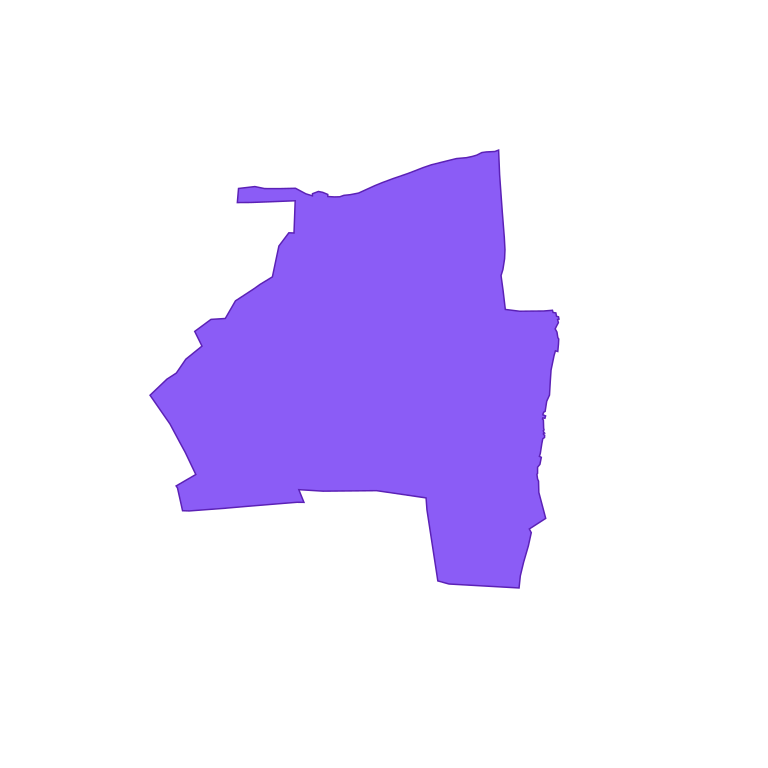 Kolomotu'a, Tongatapu, Tonga (Equal Earth projection), rotated 321°
{"feature_id": "48082658B41580202055285", "entity_name": "Kolomotu'a", "entity_type": "district", "adm_level": 2, "iso_a3": "TON", "parent_name": "Tonga", "parent_adm1": "Tongatapu", "projection": "equal_earth", "projection_center": [-175.229, -21.143], "detail": "fine", "context": "isolated", "style": "filled", "palette": "violet", "viewbox_px": 768, "rotation_deg": 321, "n_neighbors": 0, "source": "geoboundaries", "source_scale": "gbopen_adm2", "svg_char_len": 1971}
<svg xmlns="http://www.w3.org/2000/svg" viewBox="0 0 768 768"><g transform="rotate(321 384 384)"><path d="M620.3,274.3L616.5,273.1L609.5,268.0L605.7,265.7L600.1,264.5L595.8,262.7L590.5,260.0L582.2,254.4L575.4,251.2L558.9,243.5L550.7,240.5L535.2,235.5L520.4,230.1L509.4,226.4L501.8,224.1L484.4,219.6L476.7,215.5L471.5,212.1L467.5,210.7L463.3,207.5L458.3,202.9L459.6,201.3L457.0,196.5L454.2,193.1L448.2,191.1L446.8,192.7L443.0,187.1L438.4,176.2L426.9,167.3L414.2,157.0L407.9,149.3L394.0,140.5L384.2,150.7L394.6,159.0L409.9,170.5L430.3,185.7L409.1,210.0L405.2,206.6L389.2,210.6L378.7,219.1L364.7,230.5L350.4,228.6L342.5,228.1L320.9,225.9L301.9,233.2L290.2,224.9L270.0,224.0L266.4,240.0L245.6,240.0L229.5,244.8L218.4,243.6L195.1,245.5L192.5,280.4L188.7,300.2L186.5,312.1L180.8,335.9L158.3,332.4L158.1,334.8L147.7,355.7L152.8,360.1L168.1,370.7L182.9,381.0L183.0,381.0L199.7,392.3L225.5,409.9L242.0,421.2L247.3,425.6L251.3,412.5L269.3,429.0L311.1,462.2L345.0,499.0L338.2,508.8L305.2,565.3L303.6,568.0L301.9,570.9L308.6,580.3L337.9,606.9L360.6,627.5L369.2,618.9L380.3,610.4L394.4,600.6L404.9,592.2L405.7,588.1L425.1,590.2L436.1,565.7L443.0,556.7L443.5,554.6L446.0,550.4L447.1,550.1L451.0,545.3L454.6,544.6L460.1,540.0L459.2,538.0L461.7,536.4L469.1,529.7L472.9,526.5L475.1,526.6L476.6,524.9L476.2,523.7L476.8,522.8L477.9,523.2L477.8,521.8L478.5,520.5L479.5,520.4L480.2,518.9L485.2,512.3L485.1,511.0L486.1,510.3L487.5,511.9L489.5,510.5L488.1,507.9L489.0,507.1L490.5,506.4L492.0,506.7L499.6,499.8L505.6,496.8L514.8,486.7L522.6,478.3L534.1,468.9L538.1,466.1L539.5,468.1L544.7,462.8L548.1,459.0L548.3,457.3L551.1,452.5L551.7,448.9L555.2,447.3L558.1,446.1L559.5,443.1L560.8,443.7L561.9,441.6L560.7,439.9L562.3,436.9L560.4,434.8L561.3,432.7L554.1,427.8L542.9,418.9L535.3,412.9L525.2,402.4L535.0,386.9L543.2,373.4L548.4,369.9L556.5,362.6L562.5,355.8L570.2,345.2L570.5,344.7L584.1,324.9L594.4,310.1L605.5,294.2L620.3,274.3Z" fill="#8b5cf6" stroke="#5b21b6" stroke-width="1.5"/></g></svg>